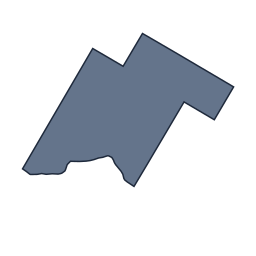 Louisa, Iowa, United States of America, rotated 120°
{"feature_id": "52423323B44101678626651", "entity_name": "Louisa", "entity_type": "district", "adm_level": 2, "iso_a3": "USA", "parent_name": "United States of America", "parent_adm1": "Iowa", "projection": "robinson", "projection_center": [-91.114, 41.248], "detail": "fine", "context": "isolated", "style": "filled", "palette": "slate", "viewbox_px": 256, "rotation_deg": 120, "n_neighbors": 0, "source": "geoboundaries", "source_scale": "gbopen_adm2", "svg_char_len": 685}
<svg xmlns="http://www.w3.org/2000/svg" viewBox="0 0 256 256"><g transform="rotate(120 128 128)"><path d="M39.6,57.1L39.0,127.4L38.9,162.7L77.0,163.1L76.8,198.3L216.1,198.9L216.5,194.2L217.1,190.0L217.0,189.2L213.5,183.4L210.6,180.0L209.0,175.7L205.5,170.7L202.8,165.4L201.0,163.4L200.0,162.6L196.8,161.2L195.2,161.3L190.4,162.3L189.4,162.2L185.6,161.2L181.2,153.2L177.6,147.7L175.2,144.6L172.4,141.7L168.6,138.4L166.0,135.2L163.2,132.7L162.2,131.7L161.8,130.8L161.6,127.3L162.9,124.8L164.8,122.4L165.9,120.4L168.9,112.4L170.6,109.4L173.7,106.4L174.6,104.9L175.1,101.7L175.6,93.6L149.2,93.2L77.4,92.5L77.7,57.4L39.6,57.1Z" fill="#64748b" stroke="#1e293b" stroke-width="1.5"/></g></svg>